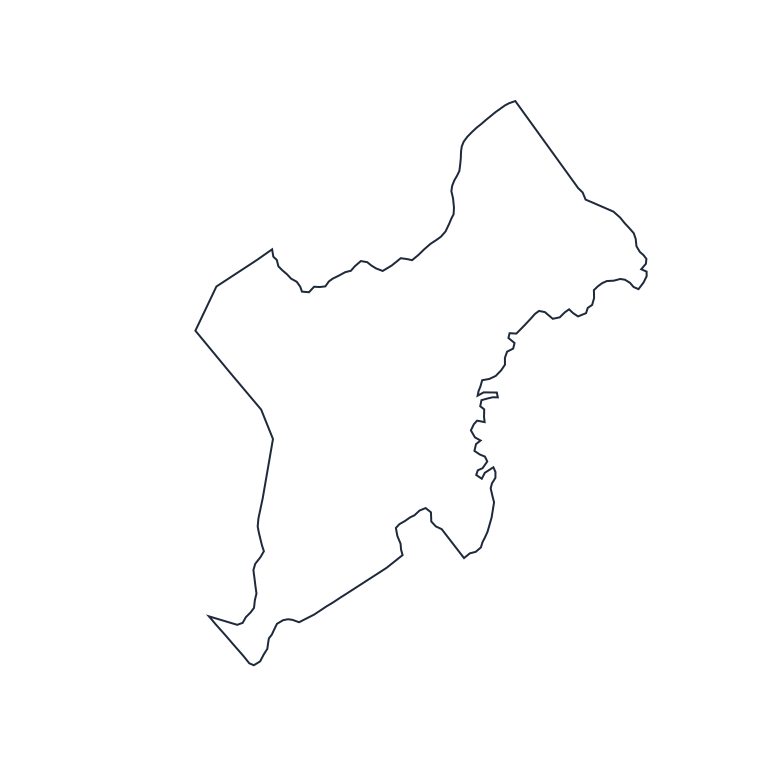 the district of Santo Amaro, Bahia, Brazil, rotated 227°
{"feature_id": "56859067B18701352119559", "entity_name": "Santo Amaro", "entity_type": "district", "adm_level": 2, "iso_a3": "BRA", "parent_name": "Brazil", "parent_adm1": "Bahia", "projection": "orthographic", "projection_center": [-38.783, -12.548], "detail": "fine", "context": "isolated", "style": "outline", "palette": "slate", "viewbox_px": 768, "rotation_deg": 227, "n_neighbors": 0, "source": "geoboundaries", "source_scale": "gbopen_adm2", "svg_char_len": 2952}
<svg xmlns="http://www.w3.org/2000/svg" viewBox="0 0 768 768"><g transform="rotate(227 384 384)"><path d="M333.5,97.5L328.1,97.3L323.1,97.0L309.9,96.7L304.0,96.5L297.3,96.2L281.2,95.7L271.6,95.0L267.1,97.0L265.6,104.2L268.3,111.9L269.9,118.1L273.3,122.2L276.5,126.4L277.2,131.0L279.0,135.4L281.6,142.1L280.1,149.1L277.4,153.4L273.8,156.3L267.7,159.4L263.0,175.7L260.5,190.8L259.0,197.7L257.5,206.7L256.6,211.5L250.7,244.3L247.8,260.5L246.2,280.9L251.2,283.5L255.9,287.2L263.7,290.1L270.6,294.5L271.0,299.6L269.6,305.5L268.6,312.4L267.2,316.7L267.2,323.7L264.9,329.8L258.1,330.8L251.2,324.8L244.5,324.8L238.5,327.2L202.1,323.8L201.6,331.3L198.7,336.6L198.4,343.4L201.1,348.1L202.8,352.9L205.3,358.9L213.0,371.7L222.4,383.8L228.1,386.9L235.0,390.9L237.7,395.2L239.4,401.5L243.6,405.5L248.5,407.2L250.3,397.2L248.0,390.9L254.6,389.4L256.9,393.7L255.2,398.7L256.9,406.7L262.1,408.3L267.1,406.0L273.4,404.5L277.3,410.3L276.8,416.1L282.9,414.1L290.8,415.9L293.3,422.3L293.7,427.1L287.5,431.6L291.7,434.7L297.1,440.0L302.1,439.2L305.7,444.3L302.7,450.0L300.2,454.4L296.6,458.1L300.8,460.7L305.2,456.1L309.9,451.2L311.6,444.5L314.3,448.3L316.3,452.6L319.8,458.4L315.9,464.4L313.7,471.2L314.1,479.0L315.6,485.6L320.7,490.3L323.7,496.1L321.8,502.6L324.9,507.4L332.8,506.4L335.5,510.5L330.6,515.2L330.8,520.0L331.1,526.8L331.7,535.6L332.3,542.3L331.7,547.2L326.9,550.7L316.6,551.9L312.9,558.0L313.1,565.0L312.4,570.3L307.1,570.6L301.1,572.0L298.0,580.1L300.7,584.9L299.9,590.2L303.6,596.3L309.5,601.5L309.6,607.1L309.0,612.2L307.3,617.2L302.8,622.6L299.7,628.4L296.0,631.3L290.3,632.9L284.7,632.7L279.8,634.8L281.2,643.0L283.7,649.6L287.1,652.7L292.5,650.4L293.3,657.5L296.5,661.2L301.1,661.7L306.2,661.2L312.6,662.6L318.4,667.0L324.0,669.5L331.1,669.7L337.4,669.7L344.4,670.2L353.5,669.4L381.4,657.2L388.6,659.9L394.9,659.6L501.4,673.0L504.1,666.8L505.3,662.2L506.0,656.9L506.8,650.9L507.1,646.1L507.6,638.8L507.8,632.6L508.3,626.5L508.3,620.1L508.0,613.6L506.9,607.6L504.7,602.9L501.6,599.0L496.8,594.2L492.8,589.7L488.4,584.4L486.5,579.4L485.0,574.4L482.5,569.1L479.1,564.8L472.7,561.1L465.3,555.5L460.7,550.7L459.0,546.0L456.8,541.1L453.6,533.1L452.9,526.1L453.5,521.3L454.8,513.5L455.1,505.2L454.9,497.3L455.4,489.0L460.0,485.8L464.6,482.0L464.9,477.0L465.4,470.4L467.6,460.1L474.0,457.0L479.1,455.6L484.6,454.8L489.7,450.9L490.0,443.0L489.4,437.0L492.2,432.0L494.1,424.7L496.1,418.1L496.6,413.5L495.4,407.7L498.7,403.2L502.8,399.2L502.3,391.7L507.5,387.0L512.3,389.1L518.3,389.9L524.4,387.9L530.5,387.9L536.4,387.2L542.0,387.0L547.9,390.2L552.6,389.9L558.8,394.0L561.4,375.4L569.6,327.9L551.6,282.4L501.8,279.4L494.2,279.0L449.0,276.7L432.5,270.3L419.5,265.3L383.1,217.3L371.4,200.6L365.9,194.4L360.1,190.8L354.4,187.6L349.2,184.7L343.6,182.1L341.6,175.5L340.3,167.2L337.0,161.6L328.9,155.8L323.4,151.8L317.7,147.8L314.1,142.3L308.9,136.2L307.9,130.4L307.7,124.0L305.7,117.7L308.0,112.4L333.5,97.5Z" fill="none" stroke="#1e293b" stroke-width="2"/></g></svg>